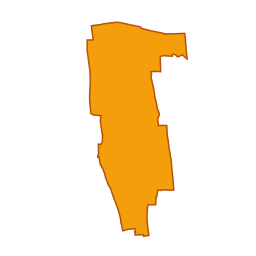 Varlezi, Galati, Romania (Equal Earth projection), rotated 191°
{"feature_id": "2599482B39288549559183", "entity_name": "Varlezi", "entity_type": "district", "adm_level": 2, "iso_a3": "ROU", "parent_name": "Romania", "parent_adm1": "Galati", "projection": "equal_earth", "projection_center": [27.823, 45.929], "detail": "fine", "context": "isolated", "style": "filled", "palette": "amber", "viewbox_px": 256, "rotation_deg": 191, "n_neighbors": 0, "source": "geoboundaries", "source_scale": "gbopen_adm2", "svg_char_len": 4508}
<svg xmlns="http://www.w3.org/2000/svg" viewBox="0 0 256 256"><g transform="rotate(191 128 128)"><path d="M113.4,26.1L113.0,26.3L112.8,26.3L111.7,26.9L111.6,27.0L109.1,28.3L108.4,28.6L102.1,30.5L101.0,27.6L101.6,27.5L101.1,25.9L100.8,25.2L100.5,24.3L98.9,24.8L98.3,24.9L92.9,26.1L92.5,26.1L92.2,25.2L92.1,24.7L89.5,25.7L87.7,26.3L87.1,26.5L87.1,27.0L87.3,27.5L87.4,28.0L87.5,28.1L87.6,28.4L87.9,29.1L88.0,29.4L88.1,29.7L88.3,30.4L88.4,30.5L88.5,30.8L88.5,31.0L88.9,31.9L88.9,32.1L89.1,32.6L89.2,32.8L89.3,33.2L89.5,33.6L89.5,33.8L89.6,34.2L89.7,34.4L89.8,34.8L89.9,35.2L90.2,35.9L90.4,36.6L90.6,37.4L90.8,38.2L91.2,39.6L91.8,41.5L92.4,44.5L92.7,46.4L92.9,47.5L93.0,48.5L93.5,52.0L93.8,54.4L93.7,54.8L93.6,55.3L93.5,56.6L89.5,57.2L86.1,58.1L86.6,60.6L87.3,65.9L87.1,66.0L86.7,66.1L86.9,72.7L83.8,73.0L83.4,73.4L82.0,73.8L81.4,73.9L81.2,74.0L79.1,74.4L77.9,74.6L77.3,74.6L76.4,74.8L75.7,75.0L75.4,75.0L75.2,75.0L74.9,75.1L74.4,75.1L73.9,75.2L73.4,75.3L72.9,75.5L72.6,75.5L72.4,75.6L72.2,75.6L71.6,75.7L71.2,75.9L71.7,77.8L72.2,79.1L72.4,79.9L72.4,80.1L72.9,81.9L73.3,83.7L73.5,84.5L73.5,84.9L73.8,85.6L74.0,86.1L74.9,89.0L75.4,90.5L77.2,96.3L77.9,99.0L79.2,103.6L79.4,104.4L79.6,105.2L80.4,106.9L81.0,108.3L81.3,109.1L81.8,111.0L83.3,114.7L85.5,121.2L86.1,123.1L87.4,126.5L88.0,128.0L88.3,129.4L88.7,130.8L89.3,133.0L90.4,137.9L96.7,136.7L98.7,136.2L99.0,137.8L100.4,141.8L100.5,142.5L100.2,144.2L100.2,144.7L100.1,145.2L99.6,146.6L99.8,146.9L100.5,148.9L100.7,149.4L101.6,150.7L103.0,152.9L103.1,153.1L103.7,154.5L103.8,155.3L105.8,159.9L107.0,162.5L107.3,163.1L107.6,163.8L109.5,169.1L110.5,171.9L110.9,172.7L111.2,173.4L114.3,180.5L115.4,183.1L115.1,185.1L116.2,187.8L115.8,187.8L115.5,187.9L114.7,188.1L111.8,188.7L109.1,189.2L108.9,189.3L106.7,189.5L110.0,204.3L110.1,204.5L109.7,204.6L107.4,205.5L106.8,205.8L100.4,206.6L98.3,206.9L98.1,207.0L98.3,208.5L98.2,208.7L97.9,208.9L97.0,209.1L96.6,209.1L96.3,209.1L95.1,208.7L94.6,208.5L94.1,208.2L93.6,207.6L93.4,207.5L92.2,207.6L91.8,207.7L91.6,207.9L89.5,209.7L88.7,210.0L88.4,209.9L88.0,209.8L87.4,209.4L86.2,208.7L83.7,207.2L83.1,207.0L83.4,207.9L83.6,208.6L83.8,209.5L84.4,211.3L84.8,212.6L85.3,213.8L85.7,215.3L85.9,216.2L86.2,217.2L86.6,218.8L87.0,220.0L87.2,221.0L87.5,222.0L87.7,222.7L88.0,223.7L88.6,226.3L89.4,228.7L90.3,231.7L97.7,230.0L100.5,229.4L101.2,229.2L101.9,229.0L104.2,228.6L106.6,228.1L109.3,227.2L109.3,227.6L110.1,227.6L114.2,227.7L121.7,227.8L125.2,227.8L127.1,228.0L129.6,228.1L131.6,228.2L132.3,228.2L132.6,228.3L133.1,228.3L133.5,228.3L133.8,228.4L134.2,228.5L134.4,228.5L134.5,228.6L134.6,228.8L134.7,229.2L134.8,229.4L134.9,229.5L135.2,229.6L135.6,229.6L135.9,229.6L136.0,229.7L137.1,229.7L138.3,229.7L139.3,229.7L139.7,229.7L139.9,229.7L140.7,229.8L141.0,229.8L142.0,229.8L143.3,229.7L144.9,229.7L145.1,229.7L145.5,229.7L147.0,229.8L147.9,229.8L155.8,230.0L156.3,230.0L157.5,229.8L159.1,229.6L160.6,229.4L160.8,229.1L164.2,228.2L172.9,225.2L173.7,224.6L178.6,223.0L183.5,221.4L179.0,207.8L184.8,206.6L184.5,204.8L182.9,196.3L176.4,177.2L174.0,167.1L171.7,151.6L170.9,147.6L169.3,142.0L169.1,141.3L168.3,138.8L167.8,137.2L167.7,136.5L167.4,135.4L166.2,134.8L165.0,134.2L161.4,134.5L157.8,134.8L156.8,134.9L156.9,134.3L156.6,133.3L156.8,131.6L156.0,127.4L155.3,126.1L154.5,124.8L154.7,124.4L154.5,123.7L154.5,123.4L154.5,123.2L154.3,122.8L154.0,122.4L153.8,121.9L153.5,121.5L153.5,120.9L153.4,120.4L153.3,120.1L153.1,119.5L152.9,119.0L152.8,118.6L152.4,118.1L152.2,117.7L151.8,117.2L151.4,116.7L151.9,116.3L151.7,115.7L151.6,115.3L151.5,114.9L151.4,114.5L151.3,114.0L151.3,113.5L151.0,112.3L150.9,111.8L150.8,111.5L150.7,110.9L150.6,110.2L150.9,108.6L151.2,108.0L151.3,106.8L152.1,106.7L153.0,106.6L154.0,106.6L153.8,105.5L153.7,104.5L153.3,103.6L153.2,102.9L153.0,102.3L152.7,100.1L152.5,99.4L152.4,98.8L152.2,97.9L152.0,97.0L152.0,96.8L152.4,95.2L152.2,93.6L150.6,94.0L150.5,92.8L150.4,92.4L149.6,90.1L149.2,89.2L148.0,86.5L147.4,86.7L146.3,84.6L146.0,84.2L144.8,83.1L143.0,79.9L142.7,79.4L142.5,79.2L142.3,79.1L142.0,78.4L141.3,76.7L140.5,74.9L140.2,74.4L138.8,72.2L136.6,68.7L135.5,67.2L135.2,67.1L134.1,65.8L133.6,65.1L133.3,64.9L131.9,62.4L131.8,62.1L130.9,60.4L130.0,58.9L128.5,56.4L127.9,55.5L127.4,54.8L126.6,53.4L126.1,52.7L125.5,51.6L125.1,51.0L124.1,49.3L123.5,48.3L122.9,47.2L122.0,45.7L121.6,44.9L121.3,44.5L120.3,42.5L119.6,40.9L118.6,38.8L118.3,38.1L118.2,37.7L117.8,36.9L116.9,33.8L116.8,33.6L115.9,31.8L115.5,30.9L115.4,30.6L113.9,27.3L113.4,26.1Z" fill="#f59e0b" stroke="#b45309" stroke-width="1.5"/></g></svg>